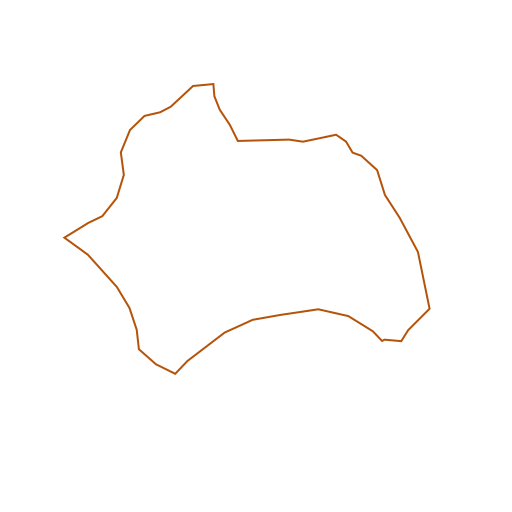 SVG path tracing the border of Luxembourg, rotated 123°
{"feature_id": "LUX", "entity_name": "Luxembourg", "entity_type": "country or territory", "adm_level": 0, "iso_a3": "LUX", "parent_name": "Europe", "parent_adm1": "", "projection": "natural_earth1", "projection_center": [6.062, 49.806], "detail": "fine", "context": "isolated", "style": "outline", "palette": "amber", "viewbox_px": 512, "rotation_deg": 123, "n_neighbors": 0, "source": "natural_earth", "source_scale": "50m", "svg_char_len": 715}
<svg xmlns="http://www.w3.org/2000/svg" viewBox="0 0 512 512"><g transform="rotate(123 256 256)"><path d="M258.6,104.0L255.5,116.9L256.1,145.8L266.8,174.8L292.0,203.3L311.4,224.1L337.3,240.6L381.3,256.3L398.8,259.6L401.3,280.9L398.0,303.4L382.8,315.9L368.5,333.8L357.8,355.7L346.5,397.7L345.0,426.7L319.6,414.7L306.3,406.6L283.1,404.4L260.0,411.0L242.7,425.8L218.9,430.3L199.2,425.8L187.7,414.7L177.2,408.8L147.7,401.4L135.0,385.4L144.7,377.9L153.1,366.0L160.3,349.3L169.4,333.9L140.4,291.7L134.5,278.8L110.7,254.9L111.0,242.8L116.7,231.3L114.6,222.4L118.0,201.2L134.6,181.1L145.7,156.3L164.4,122.4L205.7,81.7L235.3,88.0L248.3,87.8L256.2,102.7L258.6,104.0Z" fill="none" stroke="#b45309" stroke-width="2"/></g></svg>